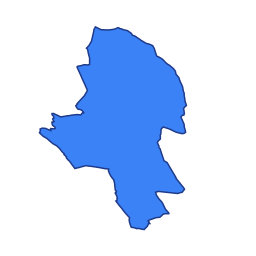 outline of Nissedal nor, Telemark, Norway, rotated 31°
{"feature_id": "86288312B6017689781650", "entity_name": "Nissedal nor", "entity_type": "district", "adm_level": 2, "iso_a3": "NOR", "parent_name": "Norway", "parent_adm1": "Telemark", "projection": "robinson", "projection_center": [8.535, 59.049], "detail": "fine", "context": "isolated", "style": "filled", "palette": "blue", "viewbox_px": 256, "rotation_deg": 31, "n_neighbors": 0, "source": "geoboundaries", "source_scale": "gbopen_adm2", "svg_char_len": 5518}
<svg xmlns="http://www.w3.org/2000/svg" viewBox="0 0 256 256"><g transform="rotate(31 128 128)"><path d="M53.2,174.2L53.6,174.6L53.9,174.9L54.2,175.3L54.2,175.6L54.3,176.1L54.7,177.1L54.6,177.7L59.5,178.8L60.5,178.8L63.7,178.7L68.4,179.6L70.3,179.9L71.4,180.1L76.1,180.0L77.2,180.2L77.8,180.4L78.2,180.4L79.3,180.7L80.5,181.0L82.8,182.0L84.0,182.4L84.6,182.5L85.5,182.7L86.1,182.8L86.7,183.0L86.8,183.1L86.7,183.6L87.0,183.8L87.5,183.8L88.0,183.9L89.0,184.3L89.3,184.2L89.8,184.3L90.1,184.4L90.2,184.9L90.5,185.3L90.8,185.4L91.1,185.6L91.7,185.7L92.0,185.9L92.7,186.1L93.2,186.3L94.5,186.4L97.3,187.6L98.7,188.2L101.7,189.4L102.2,189.6L103.4,190.1L104.6,188.8L105.4,188.0L106.0,187.5L107.0,186.4L108.3,185.0L108.7,184.7L109.2,184.1L111.2,182.0L113.7,181.0L115.5,180.1L118.2,179.0L120.2,178.1L122.9,177.1L123.7,176.7L126.3,175.8L129.3,174.7L132.4,173.1L133.1,174.4L133.3,174.7L133.7,175.2L134.6,175.8L135.6,176.6L138.3,178.2L139.7,178.8L140.7,179.1L141.2,179.4L142.3,179.7L142.6,179.9L143.0,180.4L143.4,180.8L144.3,181.6L144.9,182.3L145.8,183.4L146.3,184.2L147.2,185.3L148.8,187.4L149.1,187.8L149.4,187.9L150.1,188.0L150.7,188.3L150.8,188.4L151.1,189.3L150.8,189.5L150.6,189.6L150.4,189.7L150.4,189.8L150.5,190.0L150.6,190.3L150.7,190.5L150.8,190.6L151.1,190.8L151.4,190.9L151.9,191.0L152.2,191.3L152.7,191.6L153.7,192.4L154.5,193.1L155.0,193.6L155.0,193.8L154.9,194.2L155.0,194.5L155.9,195.4L155.9,196.0L155.2,196.8L156.3,197.3L158.5,198.1L160.3,198.9L163.2,199.8L165.6,200.7L166.2,201.1L169.7,202.3L173.5,203.5L174.3,203.7L175.2,204.0L175.7,204.3L176.0,205.5L176.2,206.1L176.8,206.7L176.9,206.9L177.6,207.7L178.0,208.2L181.6,211.3L182.5,211.2L184.1,210.5L186.4,209.9L186.6,209.9L187.1,209.8L187.6,209.6L187.6,209.4L187.9,209.3L188.3,208.9L189.0,208.6L190.0,208.2L190.7,208.0L191.5,207.8L193.0,207.1L194.2,206.7L194.3,206.0L194.6,204.5L195.0,203.8L195.0,203.4L195.0,203.1L195.0,202.8L195.1,202.5L195.2,202.2L195.2,201.7L194.8,199.5L195.9,198.7L194.1,197.9L194.2,197.7L193.6,197.6L193.2,197.5L193.0,197.4L192.7,197.6L193.7,195.9L194.3,195.0L194.7,194.6L195.1,194.2L195.7,193.5L195.9,193.2L196.4,192.5L196.9,192.1L197.3,191.5L197.4,191.3L197.5,191.1L199.6,189.3L200.2,189.0L200.9,188.4L201.4,187.8L201.7,187.0L202.4,184.1L202.6,183.9L203.4,182.8L205.1,181.6L205.5,181.4L206.3,181.0L206.6,180.9L207.1,180.3L206.4,179.7L201.9,178.3L196.6,174.8L194.5,173.8L192.6,173.3L190.4,172.6L186.8,170.8L184.7,168.8L186.9,166.6L203.6,158.9L204.5,158.4L205.3,157.4L205.9,156.7L206.6,156.0L207.5,155.3L208.0,151.4L206.1,150.4L203.4,149.5L203.0,149.3L201.1,148.6L194.8,146.3L194.7,145.8L183.7,139.9L179.4,137.5L175.7,137.5L168.0,130.9L166.6,129.6L166.2,129.3L164.8,128.9L164.3,128.5L164.1,128.0L163.9,127.7L163.6,127.3L163.2,127.2L161.7,126.1L160.5,125.0L160.6,123.6L161.4,120.7L160.0,118.5L159.4,117.7L159.4,116.9L159.1,116.4L159.1,116.1L158.6,115.0L157.0,112.0L157.5,109.4L157.7,109.0L163.5,107.6L164.5,107.5L171.5,106.8L175.4,105.6L177.1,105.1L178.7,103.9L179.6,102.0L177.1,99.4L176.2,98.7L174.0,95.8L170.1,93.0L167.8,91.5L167.8,90.7L168.1,88.8L169.2,88.3L168.8,86.3L168.0,85.6L167.4,84.7L165.7,82.8L165.7,81.9L165.7,81.5L165.7,81.3L165.8,80.8L166.4,79.1L166.4,78.5L163.4,75.9L162.2,74.7L162.0,74.1L160.2,72.1L159.7,71.5L159.2,70.9L159.0,70.5L158.9,70.4L158.4,69.5L157.6,68.7L156.5,68.0L154.9,66.1L153.8,64.8L152.2,63.6L151.4,63.0L150.7,62.6L148.7,61.2L147.5,60.3L146.7,59.6L145.6,58.6L141.5,57.2L139.3,54.9L137.2,54.0L135.9,53.6L135.4,53.5L134.1,53.4L131.6,52.9L129.0,52.9L128.3,52.8L127.9,52.8L126.6,52.5L126.0,52.4L124.3,51.8L121.4,51.2L117.2,51.3L116.4,51.6L115.2,51.3L109.5,46.3L106.7,44.7L103.4,45.1L102.7,45.3L101.5,45.6L100.0,46.1L97.5,46.1L96.8,46.1L95.8,46.1L95.3,46.1L94.8,46.1L94.3,46.2L93.1,46.0L92.4,45.9L91.8,45.9L89.0,45.8L87.0,45.6L84.0,46.2L82.3,45.2L77.5,44.8L76.1,45.2L75.7,45.4L72.7,46.3L72.2,46.3L71.7,46.3L71.3,46.4L71.2,46.5L70.0,46.9L69.4,47.1L69.0,47.0L68.9,46.9L68.6,46.9L68.1,47.1L67.8,47.1L67.4,47.1L67.5,47.1L66.3,49.4L64.0,51.5L62.5,52.7L62.1,53.0L61.6,53.4L60.4,54.3L57.4,55.9L54.3,57.6L48.0,58.1L48.1,61.1L49.0,63.2L52.0,72.5L52.0,75.1L52.1,77.2L51.3,81.0L52.7,81.3L54.5,83.2L55.1,84.0L56.2,85.1L56.5,85.4L58.0,86.8L59.2,88.0L59.9,89.2L61.0,91.1L61.8,92.4L62.3,93.1L61.4,94.5L58.8,95.8L57.4,96.7L56.1,98.3L55.1,99.2L53.0,101.1L52.8,101.7L53.2,102.3L53.7,102.6L56.5,104.5L59.4,106.5L62.2,108.5L63.7,109.6L67.8,112.4L68.6,112.9L68.9,113.1L69.4,113.5L73.9,116.7L74.0,123.0L73.7,124.2L71.9,133.0L72.0,133.0L72.3,133.3L72.2,133.4L72.1,133.6L72.1,133.8L72.0,134.0L72.2,134.7L72.1,134.9L71.7,135.7L71.8,135.9L72.1,136.0L72.6,136.4L73.3,136.8L73.8,137.0L75.2,137.6L76.0,137.4L76.9,137.0L78.3,136.7L79.7,136.7L82.8,137.8L82.6,137.8L82.3,138.0L81.2,138.3L81.0,139.2L80.8,140.4L80.8,140.8L80.8,141.1L77.4,142.7L77.1,143.0L76.4,143.5L73.2,145.9L72.2,146.8L71.8,147.2L69.8,148.8L69.0,149.4L66.5,151.6L65.2,152.6L64.6,153.2L64.1,153.2L60.3,153.5L59.3,153.7L56.7,153.9L55.4,154.8L56.2,155.8L57.6,156.1L59.3,157.4L59.3,157.7L59.0,158.1L58.7,158.8L58.7,159.0L60.1,160.0L60.8,160.3L61.4,160.6L61.4,160.8L61.0,161.2L60.0,161.9L59.8,162.0L60.0,162.5L60.8,163.4L60.9,163.7L62.0,164.5L62.4,164.6L64.5,164.8L65.0,165.0L65.7,165.6L65.8,165.8L65.8,166.1L65.3,166.4L65.2,166.6L65.0,166.8L64.3,167.2L64.0,167.3L63.5,167.6L63.3,167.7L63.0,167.8L62.7,168.0L62.2,168.1L62.1,168.6L62.4,168.7L62.7,168.8L62.8,168.9L62.9,169.1L62.7,169.2L62.7,169.4L62.8,169.7L62.8,169.9L62.9,170.0L61.8,170.1L61.3,170.3L60.8,170.4L57.5,170.8L56.9,171.1L54.5,172.3L54.4,172.5L53.2,174.2Z" fill="#3b82f6" stroke="#1e3a8a" stroke-width="1.5"/></g></svg>